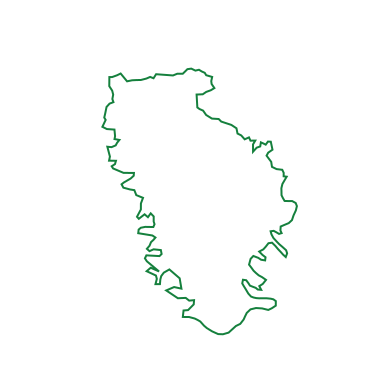 outline of Crissiumal, Rio Grande do Sul, Brazil, rotated 222°
{"feature_id": "56859067B27923524578183", "entity_name": "Crissiumal", "entity_type": "district", "adm_level": 2, "iso_a3": "BRA", "parent_name": "Brazil", "parent_adm1": "Rio Grande do Sul", "projection": "albers", "projection_center": [-54.153, -27.485], "detail": "fine", "context": "isolated", "style": "outline", "palette": "green", "viewbox_px": 384, "rotation_deg": 222, "n_neighbors": 0, "source": "geoboundaries", "source_scale": "gbopen_adm2", "svg_char_len": 3142}
<svg xmlns="http://www.w3.org/2000/svg" viewBox="0 0 384 384"><g transform="rotate(222 192 192)"><path d="M274.6,159.8L269.4,164.3L267.9,161.2L268.9,157.4L266.4,156.7L255.7,160.4L247.9,167.3L246.2,165.1L246.6,161.0L249.0,153.5L249.5,150.6L245.9,149.3L239.8,152.4L236.1,154.8L231.3,152.4L224.5,154.9L222.3,149.3L218.3,144.8L216.3,136.8L213.6,136.5L212.3,143.7L207.9,143.8L208.4,148.5L204.1,148.2L200.7,144.4L198.3,143.0L197.3,140.1L203.4,134.8L206.1,131.2L206.5,128.4L204.4,125.4L192.3,133.2L188.7,133.7L188.6,130.8L188.9,127.3L187.6,123.7L187.5,119.6L184.0,119.6L182.2,123.7L176.3,128.0L173.1,125.6L173.3,122.6L183.5,114.4L182.6,111.2L179.1,110.3L163.3,110.9L172.0,108.1L172.7,102.8L162.9,105.8L160.0,103.9L157.5,99.1L154.2,102.1L157.0,105.8L158.6,108.9L159.0,113.2L157.0,119.3L143.4,119.6L135.2,113.1L141.7,109.4L145.3,101.6L131.4,103.6L125.8,109.1L121.4,109.4L118.1,113.0L115.5,109.6L115.9,101.6L119.0,98.3L115.2,93.0L110.6,97.1L105.3,99.8L102.1,100.7L99.2,101.3L93.6,100.7L89.8,100.8L83.8,101.9L77.5,103.9L73.8,107.0L70.7,112.0L69.7,121.8L67.9,126.3L68.3,131.8L69.3,134.9L70.4,138.8L70.0,143.9L66.8,148.6L62.0,152.4L56.4,155.4L54.9,159.0L53.7,163.6L56.7,167.0L59.7,166.7L62.1,165.4L65.5,162.9L68.4,160.3L71.0,157.9L73.2,156.2L75.6,154.8L78.2,153.8L82.2,154.2L87.0,155.7L90.8,156.8L93.5,157.7L95.4,160.9L92.7,162.7L89.1,162.0L86.3,161.2L83.3,162.3L80.5,163.4L77.9,163.5L75.1,165.6L79.0,167.1L77.9,171.0L78.2,176.2L83.0,175.6L86.7,174.7L90.5,174.6L93.6,174.7L97.3,175.5L101.0,176.2L103.7,181.5L103.6,185.5L98.7,187.4L95.3,187.9L91.9,190.1L93.7,192.7L97.6,192.4L102.2,192.7L100.6,197.1L100.6,200.7L100.9,205.1L98.6,207.9L94.0,207.7L89.7,207.1L85.9,206.8L82.3,206.4L78.8,206.4L80.3,210.1L83.1,211.7L88.1,211.7L92.2,211.6L95.4,211.8L100.7,212.3L104.6,213.7L107.3,215.4L105.3,217.8L102.4,218.5L99.3,219.1L97.9,221.4L100.6,222.6L103.0,225.7L101.2,229.6L99.3,233.6L98.9,238.0L100.9,242.6L102.5,247.8L104.6,251.7L107.6,253.2L111.5,252.3L114.5,249.6L117.2,247.3L120.6,248.4L123.3,249.5L125.9,252.3L128.1,254.6L130.2,258.5L131.9,266.7L134.4,265.0L136.7,267.6L139.8,268.9L144.5,265.6L149.4,264.2L153.3,267.4L160.9,268.9L161.7,272.2L160.5,277.3L167.1,282.1L169.3,280.3L168.9,276.5L171.5,275.8L174.0,275.0L171.8,271.5L173.6,268.2L173.6,262.8L175.6,265.0L178.5,268.2L179.4,272.5L182.9,269.3L186.2,270.7L188.1,266.4L193.3,267.0L197.3,265.9L201.6,269.1L207.6,268.2L217.4,263.9L221.0,264.1L226.3,259.9L233.0,258.7L238.2,259.9L241.9,258.7L244.6,258.4L253.8,267.5L249.4,271.8L248.4,275.9L246.1,280.2L244.9,284.2L249.7,285.4L251.9,287.3L254.0,291.0L256.9,289.6L259.6,288.3L262.3,289.1L265.4,288.1L268.6,287.5L270.7,284.5L275.1,283.2L277.6,280.2L277.8,276.6L278.0,273.7L282.1,270.0L284.1,265.9L297.5,255.5L296.7,250.8L300.1,249.5L301.8,245.8L304.9,241.1L308.5,237.7L311.3,234.9L314.3,230.8L324.3,232.3L325.8,228.6L328.3,223.9L330.3,222.1L324.3,215.3L319.1,213.9L315.7,211.6L313.4,207.8L310.5,206.2L312.4,202.5L312.4,198.0L309.0,192.2L307.0,188.6L304.4,187.8L302.2,180.5L297.4,181.8L291.4,186.5L286.5,182.0L285.0,179.5L280.8,182.1L280.6,178.4L279.9,175.6L281.8,171.5L285.2,169.0L276.7,163.4L274.6,159.8Z" fill="none" stroke="#15803d" stroke-width="2"/></g></svg>